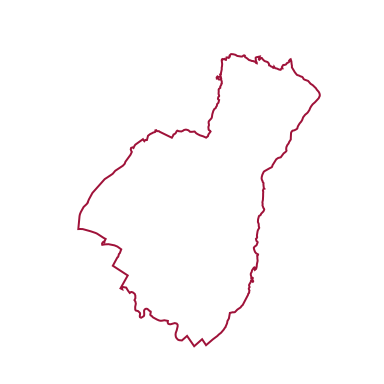 Petelea, Mures, Romania (Natural Earth projection), rotated 282°
{"feature_id": "2599482B51636470976237", "entity_name": "Petelea", "entity_type": "district", "adm_level": 2, "iso_a3": "ROU", "parent_name": "Romania", "parent_adm1": "Mures", "projection": "natural_earth1", "projection_center": [24.753, 46.721], "detail": "fine", "context": "isolated", "style": "outline", "palette": "rose", "viewbox_px": 384, "rotation_deg": 282, "n_neighbors": 0, "source": "geoboundaries", "source_scale": "gbopen_adm2", "svg_char_len": 6038}
<svg xmlns="http://www.w3.org/2000/svg" viewBox="0 0 384 384"><g transform="rotate(282 192 192)"><path d="M319.2,291.7L321.6,287.9L322.5,285.5L324.8,282.5L325.3,278.8L325.6,277.8L327.1,276.5L327.5,275.8L327.7,274.0L328.1,272.6L328.3,270.6L328.6,270.0L330.5,267.7L334.7,263.8L336.3,263.5L337.7,262.9L340.5,262.0L342.4,260.9L342.0,260.4L340.6,259.7L340.1,260.2L339.1,259.7L337.6,257.9L336.8,257.7L336.4,257.5L335.5,256.1L335.3,255.1L335.0,254.7L333.0,254.0L331.7,254.8L331.4,253.8L331.1,253.6L330.0,253.3L329.9,253.0L329.9,251.7L330.4,249.4L330.4,247.8L330.8,247.0L331.5,246.3L330.6,246.3L330.3,245.7L330.9,245.1L331.3,243.0L331.9,242.0L331.9,241.1L333.7,240.4L334.8,238.9L335.2,235.7L336.3,233.9L337.6,232.4L337.6,232.1L336.9,231.4L335.3,230.3L335.4,230.1L335.7,229.8L336.1,229.8L338.6,230.1L337.2,227.0L336.7,226.4L335.8,226.5L333.5,227.3L331.9,228.5L331.4,228.6L331.5,227.9L332.9,226.5L332.5,225.8L332.8,224.7L332.6,223.2L332.9,221.7L332.9,220.5L334.6,217.2L334.8,216.2L335.7,215.3L336.2,215.1L336.4,215.2L336.5,215.0L336.5,214.5L336.1,213.9L335.0,213.0L334.7,211.7L334.5,208.1L334.8,206.9L335.2,206.2L335.3,203.8L335.1,201.9L334.9,201.4L333.4,200.4L332.9,200.8L332.2,200.8L331.9,200.7L331.4,199.8L330.8,199.9L330.8,199.7L331.0,198.9L330.8,197.8L328.3,197.7L328.3,197.2L328.9,196.0L328.5,195.6L328.5,194.5L327.5,194.2L327.6,193.7L326.9,193.7L323.5,194.9L321.3,195.2L319.8,195.2L318.1,195.6L314.4,195.6L313.2,195.8L312.8,195.1L312.0,195.6L309.8,196.6L309.8,196.2L310.1,196.0L310.5,195.1L309.9,193.5L309.9,193.2L310.2,192.8L309.2,192.3L308.1,192.7L308.5,193.7L307.6,195.0L308.0,196.4L308.0,197.2L306.1,198.2L305.4,198.3L304.5,198.6L303.8,198.2L303.2,198.4L301.0,197.7L299.8,198.0L298.4,196.9L297.5,196.8L296.0,197.2L293.4,197.6L292.3,198.3L291.6,198.6L291.1,198.5L290.3,198.0L288.6,198.0L288.1,198.3L287.6,199.4L284.8,199.3L283.2,198.3L281.4,198.4L280.3,197.9L279.0,197.7L277.8,196.6L275.8,196.0L272.3,195.7L269.3,195.9L268.1,195.7L265.4,194.1L264.4,193.7L262.9,193.9L262.2,194.3L260.9,194.7L259.0,194.5L256.5,195.3L256.0,195.8L255.6,197.0L255.0,197.6L251.7,196.1L249.9,196.0L248.1,194.5L248.8,191.3L249.1,188.0L249.8,185.4L250.4,183.8L251.7,182.0L250.8,179.3L250.5,177.6L251.6,175.7L251.8,173.7L251.6,172.6L250.9,171.2L250.0,170.4L249.0,169.0L248.7,166.2L249.0,165.0L248.9,164.8L248.1,164.3L246.5,163.9L245.6,163.4L244.3,161.9L243.8,162.0L240.9,161.0L244.2,147.8L244.6,147.0L244.3,145.1L244.5,144.6L245.0,144.2L244.7,143.4L243.1,143.5L241.8,141.3L241.0,140.5L240.1,139.2L237.9,137.3L233.5,137.1L233.2,136.3L233.3,135.7L233.2,135.5L231.8,134.8L233.0,133.3L233.4,133.0L226.5,126.7L225.3,126.2L222.9,125.6L223.3,124.6L222.5,123.3L221.0,123.2L219.3,124.2L218.7,124.8L215.6,124.1L207.8,120.6L205.6,120.3L203.3,118.9L196.8,112.5L193.4,110.7L192.5,109.9L186.4,103.9L170.4,94.8L163.3,92.7L160.1,92.1L159.9,92.3L158.3,91.5L154.8,89.1L149.2,87.4L146.9,87.0L145.1,87.0L132.1,88.5L132.6,90.5L133.0,92.8L132.5,101.1L131.9,106.2L131.5,107.9L128.7,115.2L128.1,117.3L126.6,116.9L125.8,116.5L125.1,116.8L124.7,116.8L124.5,116.6L124.6,116.3L124.6,115.5L124.0,115.1L123.0,114.8L122.5,114.8L121.7,115.2L122.7,117.8L123.6,121.2L123.7,127.2L123.1,130.4L121.2,134.7L117.2,134.1L116.1,133.4L113.5,133.3L112.8,133.0L112.5,132.6L103.4,129.9L97.0,146.5L82.9,142.1L82.4,144.0L84.3,143.1L84.7,143.8L84.8,147.5L82.3,149.8L80.3,152.1L81.5,153.2L81.6,153.7L81.5,155.0L80.5,157.1L78.9,158.1L76.3,158.7L74.3,158.2L73.1,159.4L71.0,160.3L67.8,160.3L65.3,160.9L64.7,161.3L64.4,161.7L64.3,164.0L63.0,166.1L62.0,166.6L59.8,166.7L58.8,167.1L58.5,167.8L58.5,168.5L60.5,170.6L61.3,170.8L62.4,170.7L65.9,169.8L66.5,169.9L67.1,170.1L68.0,170.8L68.4,172.0L68.3,172.8L67.1,174.8L66.6,175.8L66.5,176.4L66.2,176.6L63.3,176.7L62.8,177.1L62.4,178.0L62.3,178.5L61.7,179.2L61.2,180.1L59.9,184.5L59.5,186.6L59.5,188.0L59.8,189.2L60.8,191.6L60.9,195.2L59.1,195.4L58.1,196.3L58.0,197.4L58.2,198.6L60.2,202.4L60.1,204.4L59.2,205.5L57.7,205.9L53.6,205.8L50.8,205.4L48.9,205.6L47.0,206.3L46.0,207.1L44.7,208.8L44.4,210.2L44.7,213.0L50.2,217.1L41.6,226.2L50.1,232.5L45.1,237.6L52.3,243.1L56.4,246.7L58.1,247.8L60.4,249.7L63.9,251.6L66.5,252.6L66.8,252.9L67.4,252.9L70.9,253.6L73.2,253.5L75.9,254.4L81.6,254.2L82.9,257.0L83.0,258.0L83.5,259.0L86.4,260.8L89.2,263.5L90.8,264.2L92.0,265.1L103.1,268.2L104.3,268.2L105.0,268.7L105.6,268.8L106.8,268.6L107.6,268.7L108.8,267.8L109.5,267.6L111.0,268.1L112.3,267.3L113.3,267.2L116.6,268.3L117.2,268.1L117.6,268.2L118.0,268.8L116.8,270.2L117.0,270.4L117.5,270.4L118.0,270.0L118.6,269.2L119.0,269.1L119.9,269.4L120.6,269.3L120.7,269.1L120.1,267.9L121.5,267.6L123.2,266.7L124.6,266.5L126.2,267.0L127.8,267.0L130.8,268.2L131.3,268.8L131.2,269.1L129.5,269.3L128.9,269.7L130.2,270.7L132.2,270.8L134.8,270.5L138.3,270.5L141.1,269.6L142.1,269.5L143.0,269.0L144.0,269.6L144.7,269.6L145.3,267.6L146.5,266.1L148.7,264.7L150.1,264.1L150.5,264.1L151.7,264.7L152.6,265.6L153.4,266.2L156.4,266.7L156.7,266.6L157.6,265.2L159.4,264.3L160.8,265.1L161.5,265.1L162.3,264.7L163.4,264.5L167.3,264.3L168.3,264.4L170.9,265.2L172.5,264.4L174.6,263.9L176.4,262.7L179.0,262.3L182.3,262.5L182.8,262.8L183.4,263.6L183.8,263.9L185.2,264.2L187.9,265.9L189.8,266.3L190.5,266.0L191.2,265.2L193.6,263.7L194.9,263.6L196.6,263.0L198.9,263.0L202.8,262.4L205.7,261.8L206.9,261.7L208.0,261.1L209.8,261.3L210.2,261.8L210.3,262.0L210.7,261.5L212.0,261.0L214.2,260.3L215.6,260.1L216.4,259.2L217.7,258.5L218.5,257.8L219.6,257.3L221.0,257.1L223.4,257.2L225.6,257.7L226.7,258.0L227.3,258.4L231.3,262.9L232.8,264.8L233.5,265.1L234.9,265.2L241.5,267.6L243.2,269.2L244.4,271.6L248.8,273.6L250.4,275.0L251.5,275.7L252.2,275.8L253.5,275.2L255.5,275.0L257.8,275.5L259.6,276.4L261.0,276.6L263.9,277.7L265.4,277.4L270.4,276.6L271.8,276.9L272.9,277.6L273.4,278.9L274.1,279.9L275.4,281.4L276.1,281.8L277.2,281.8L278.5,282.0L281.4,283.0L283.6,284.2L285.4,284.8L288.2,285.2L291.1,286.6L293.2,288.3L294.1,288.8L296.7,289.8L298.5,290.1L300.5,290.7L302.9,291.8L305.3,293.6L310.0,296.4L312.6,297.0L313.9,296.7L315.1,296.1L316.4,295.0L318.1,292.7L319.2,291.7Z" fill="none" stroke="#9f1239" stroke-width="2"/></g></svg>